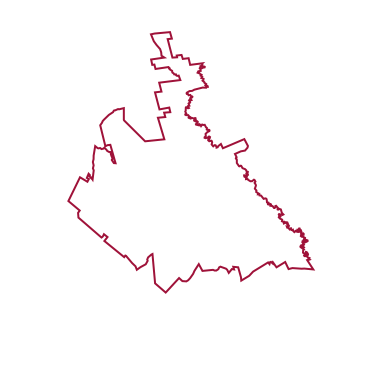 Cermei, Arad, Romania, rotated 225°
{"feature_id": "2599482B93088674454934", "entity_name": "Cermei", "entity_type": "district", "adm_level": 2, "iso_a3": "ROU", "parent_name": "Romania", "parent_adm1": "Arad", "projection": "robinson", "projection_center": [21.826, 46.539], "detail": "fine", "context": "isolated", "style": "outline", "palette": "rose", "viewbox_px": 384, "rotation_deg": 225, "n_neighbors": 0, "source": "geoboundaries", "source_scale": "gbopen_adm2", "svg_char_len": 6033}
<svg xmlns="http://www.w3.org/2000/svg" viewBox="0 0 384 384"><g transform="rotate(225 192 192)"><path d="M275.6,290.4L283.2,280.6L289.0,284.2L292.6,279.6L296.3,281.5L299.3,277.7L297.8,276.7L300.9,273.2L317.3,282.9L314.7,286.2L320.6,289.5L330.5,277.6L332.5,274.5L325.6,271.6L321.2,270.9L315.6,270.5L312.6,269.0L309.9,266.8L306.6,267.5L314.6,256.8L310.0,253.8L308.7,255.5L304.8,253.2L297.0,263.7L295.8,263.2L295.5,263.7L295.2,263.7L294.4,263.0L291.7,263.6L290.4,262.6L288.7,262.9L287.7,262.6L286.5,263.8L285.7,263.3L284.6,263.6L283.7,264.9L279.4,262.9L292.5,246.1L284.6,241.4L288.6,236.3L273.4,227.4L267.8,235.6L263.8,233.1L267.8,228.4L263.9,226.1L268.6,220.4L248.8,209.7L261.0,194.7L290.6,194.6L291.2,194.8L299.5,203.1L302.1,198.8L302.9,198.4L304.1,195.3L304.4,195.1L304.8,194.3L304.3,192.6L305.3,187.7L305.4,181.0L305.3,179.0L304.6,177.3L304.1,174.3L285.6,163.1L284.9,165.3L283.1,167.6L266.4,158.3L267.7,157.2L271.3,157.9L271.6,158.3L271.5,159.4L274.1,160.4L274.0,161.1L275.6,161.0L277.8,162.7L279.1,161.6L281.1,161.1L282.3,161.4L285.3,161.3L285.3,160.1L286.3,158.4L288.1,158.1L289.0,156.7L289.7,156.3L292.9,156.0L287.3,148.2L284.8,145.6L283.3,143.1L280.4,141.3L278.8,138.7L276.8,137.8L271.1,130.5L273.1,130.9L273.0,130.5L275.8,130.6L276.1,131.7L278.0,131.8L276.3,127.6L274.1,128.2L273.2,125.3L281.6,123.2L273.0,98.2L258.3,99.5L257.8,96.7L254.2,93.6L223.8,95.8L223.6,96.8L223.8,98.3L224.4,99.9L219.9,100.4L219.3,95.4L193.9,98.0L194.2,99.9L193.5,100.2L184.1,99.4L179.4,99.5L176.0,98.0L175.3,102.4L173.6,108.2L174.7,112.0L175.9,112.6L176.8,114.7L176.5,119.0L176.1,120.2L153.5,101.3L139.5,102.3L140.3,122.0L135.8,122.2L132.8,124.8L132.3,126.9L132.4,129.7L133.3,134.9L134.5,138.0L136.2,145.8L128.8,143.6L122.1,151.8L120.4,152.5L119.3,153.6L118.8,156.0L119.5,157.9L119.1,159.3L113.8,161.8L112.2,161.9L108.8,160.8L109.3,165.7L107.5,167.0L109.9,168.3L106.1,171.4L97.0,166.3L94.5,164.2L92.3,173.2L92.5,178.9L88.4,196.0L86.2,195.8L87.2,197.6L86.8,198.4L84.9,198.5L85.5,199.0L85.5,199.6L79.0,198.5L76.6,208.4L69.2,205.8L67.2,209.2L60.2,215.3L58.4,217.3L51.5,223.0L62.5,225.3L61.9,227.0L61.3,227.0L61.1,227.4L61.7,227.3L62.2,228.4L63.8,227.6L65.0,227.7L65.7,229.8L66.5,230.3L68.3,230.6L69.1,230.2L68.8,229.6L66.4,228.1L66.3,227.0L67.1,226.2L67.8,226.3L68.0,227.5L68.5,228.0L70.6,227.6L72.1,229.3L72.2,230.5L76.3,229.8L76.7,230.1L76.6,230.5L74.0,231.2L73.7,232.0L74.4,232.1L77.0,230.9L77.1,231.6L76.2,232.1L76.4,232.8L75.6,233.4L75.6,234.0L78.5,234.5L79.0,235.4L78.4,235.8L77.6,235.3L76.8,235.4L75.7,238.2L75.6,239.2L76.2,239.5L77.2,239.0L77.5,237.0L78.2,236.6L79.2,237.2L78.9,238.5L79.6,239.5L80.0,239.4L80.3,238.7L81.3,239.1L82.7,238.0L83.9,237.8L84.2,238.3L82.8,240.7L83.5,241.4L84.1,241.4L84.6,240.1L85.4,239.7L86.2,241.1L87.4,241.7L87.4,240.3L88.0,240.0L88.3,241.5L90.1,242.3L90.5,241.9L90.3,241.2L88.8,240.0L88.4,239.1L88.7,238.8L90.2,239.9L90.8,239.7L90.5,238.8L89.7,238.2L90.2,237.8L90.7,238.1L91.3,237.8L91.3,236.0L92.9,236.0L94.0,236.7L94.4,235.7L94.8,235.4L96.4,236.3L96.7,235.7L96.6,234.6L98.5,234.8L99.4,234.1L100.7,234.7L99.3,235.9L99.5,236.6L101.5,236.6L101.2,237.1L103.1,237.9L103.5,237.6L103.0,237.2L103.2,236.8L105.1,236.4L104.5,235.4L104.8,234.7L106.1,235.6L107.7,234.9L108.3,236.0L108.7,236.2L111.0,235.4L112.8,235.5L113.0,236.1L112.2,236.5L112.1,237.1L114.3,237.2L114.7,237.4L114.8,238.0L111.9,239.5L111.5,240.7L113.8,240.8L116.8,242.5L118.4,241.8L118.4,240.8L119.1,240.2L119.5,240.4L119.9,241.5L122.8,241.7L123.1,241.0L122.3,240.4L122.3,239.1L122.7,238.7L125.1,239.0L126.7,237.8L127.2,239.0L127.8,239.1L128.2,238.9L128.6,237.6L129.6,237.0L130.1,237.3L130.0,238.3L130.3,238.6L131.8,237.8L133.6,239.3L134.7,239.8L135.7,239.3L136.5,237.8L140.6,238.3L141.9,237.3L143.0,238.2L143.8,237.0L144.4,237.9L146.6,237.4L147.5,238.6L149.9,238.8L151.3,241.7L152.2,242.3L154.2,242.7L154.5,244.2L156.2,244.7L156.9,244.5L157.2,242.1L158.3,240.9L160.9,240.3L162.0,240.5L162.9,239.3L163.8,240.4L165.9,239.9L166.9,240.6L166.5,241.1L165.1,241.4L164.3,241.9L164.8,242.3L165.7,242.0L164.6,243.7L165.0,244.0L166.6,243.8L166.4,245.2L166.8,245.7L167.7,245.0L169.0,245.7L170.6,245.7L173.1,244.6L175.7,245.3L176.2,245.0L176.6,243.7L177.0,243.5L180.8,244.2L183.1,246.5L184.7,246.7L185.0,247.2L184.8,247.8L185.2,248.2L188.5,249.3L186.2,255.3L183.8,258.8L184.1,262.6L185.0,264.1L192.4,266.4L201.1,244.8L205.5,246.4L205.9,243.0L205.5,241.8L206.0,240.8L206.3,241.1L208.4,241.7L209.2,241.0L209.3,239.3L211.7,239.5L212.9,241.4L214.0,242.0L214.5,242.0L215.7,240.1L217.1,240.0L217.9,241.0L217.2,241.7L217.3,242.1L218.1,243.6L218.4,243.6L219.2,243.3L219.4,241.6L220.4,239.7L221.4,239.2L221.8,239.6L221.8,241.3L223.5,242.7L223.5,245.2L222.8,247.3L222.9,247.7L223.6,248.1L224.1,247.9L225.2,246.7L225.8,246.6L226.7,247.8L228.1,247.7L230.5,248.5L231.5,247.3L232.5,246.9L232.2,245.0L233.7,245.4L234.9,245.1L234.9,244.8L234.3,244.0L236.8,242.5L237.2,242.7L237.0,244.8L237.5,245.7L238.4,245.7L239.2,244.5L241.0,244.0L241.3,244.5L240.3,245.7L241.8,246.7L242.2,246.4L242.3,245.5L244.9,244.1L244.7,243.3L245.0,242.9L246.1,243.5L246.4,242.3L246.8,242.1L247.3,242.4L247.7,243.5L249.0,243.7L250.6,242.1L251.4,241.9L251.7,242.2L251.5,243.4L253.6,244.1L254.0,245.1L256.0,247.2L256.1,247.7L254.0,248.4L253.6,249.2L255.6,249.7L255.6,250.1L254.9,251.2L257.0,252.1L257.0,252.9L256.6,253.4L256.8,254.2L258.9,254.7L258.9,255.3L257.8,255.9L257.4,256.6L259.6,257.1L259.7,257.6L258.9,258.7L259.0,259.6L259.4,259.7L260.5,259.1L261.8,259.4L262.8,258.0L264.0,258.4L264.9,257.7L265.4,257.8L265.9,258.5L265.1,261.6L263.4,263.6L262.7,266.0L258.3,273.4L255.7,275.8L255.9,277.0L255.2,277.5L255.6,277.9L256.3,277.8L256.6,276.9L257.4,276.9L258.0,276.9L257.9,277.7L258.3,278.4L260.3,278.0L260.9,278.4L263.1,278.2L263.0,279.0L263.9,280.2L265.9,279.2L266.4,280.8L268.1,280.4L268.2,281.6L269.6,281.2L271.1,281.3L271.4,280.7L272.4,280.3L272.9,281.8L271.5,283.8L273.1,284.9L274.1,285.0L274.2,285.6L272.7,286.0L271.9,288.2L271.2,289.0L271.4,289.5L271.8,289.5L272.7,288.9L272.9,288.2L274.8,287.5L274.5,288.6L274.8,289.5L275.6,289.7L275.6,290.4Z" fill="none" stroke="#9f1239" stroke-width="2"/></g></svg>